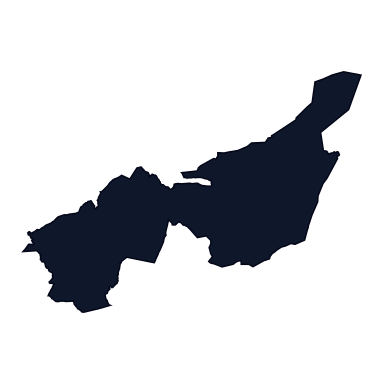 Gjesdal nor, Rogaland, Norway
{"feature_id": "86288312B75018184533449", "entity_name": "Gjesdal nor", "entity_type": "district", "adm_level": 2, "iso_a3": "NOR", "parent_name": "Norway", "parent_adm1": "Rogaland", "projection": "albers", "projection_center": [6.098, 58.831], "detail": "fine", "context": "isolated", "style": "filled", "palette": "ink", "viewbox_px": 384, "rotation_deg": 0, "n_neighbors": 0, "source": "geoboundaries", "source_scale": "gbopen_adm2", "svg_char_len": 5901}
<svg xmlns="http://www.w3.org/2000/svg" viewBox="0 0 384 384"><path d="M361.0,75.1L343.7,71.8L332.7,74.8L323.0,79.1L315.0,81.9L312.1,102.8L307.1,107.1L300.5,113.7L296.3,117.7L295.9,119.9L273.1,134.9L271.7,135.6L271.8,136.0L271.7,136.4L271.9,137.3L268.2,138.0L265.4,142.4L251.5,143.0L247.3,146.5L237.7,150.6L228.9,152.0L224.2,153.0L217.8,152.7L217.9,155.9L215.9,159.1L213.6,158.6L200.9,165.6L198.5,167.7L197.2,171.0L181.6,172.7L182.4,173.6L182.9,175.0L184.1,177.6L185.1,177.4L186.9,178.1L188.8,177.8L191.6,177.8L193.1,177.4L195.6,177.7L198.5,177.3L199.2,177.5L200.4,177.4L203.4,178.0L204.2,178.5L205.6,178.8L206.3,178.8L206.7,179.0L207.6,179.1L209.4,180.3L211.4,180.7L211.9,181.1L212.1,181.0L211.4,181.2L211.3,180.8L211.1,180.7L211.3,182.7L211.3,183.5L211.8,185.0L211.7,185.9L211.3,186.2L209.6,186.0L208.9,186.3L202.1,185.5L199.9,184.6L199.3,184.5L199.1,184.4L198.7,183.7L197.2,183.2L191.9,183.7L189.9,183.2L181.8,183.8L177.4,183.5L174.4,184.1L174.1,184.5L174.1,184.8L174.3,185.5L174.5,185.8L173.9,186.2L173.6,186.6L173.7,186.8L173.6,187.0L173.8,187.2L173.6,187.4L173.7,187.6L173.4,187.5L173.6,187.1L173.5,186.9L173.3,187.4L171.6,189.0L170.5,189.6L167.9,186.9L167.1,187.0L166.2,186.9L164.5,186.1L164.3,185.7L163.1,184.7L161.5,184.8L160.1,182.7L160.2,182.1L159.8,182.1L159.7,181.7L159.1,180.8L159.1,180.4L158.7,179.5L158.2,179.3L157.5,178.4L156.5,176.2L155.5,175.2L155.0,175.4L154.4,175.2L154.1,175.2L153.5,175.0L153.5,174.7L152.9,174.7L152.3,174.3L152.2,174.6L151.4,174.9L151.1,175.4L150.5,175.6L150.3,176.2L150.0,176.6L149.3,176.6L149.3,176.2L149.2,176.1L149.3,175.2L149.1,174.9L149.0,174.3L148.6,173.7L148.5,173.3L148.1,173.3L148.1,172.9L147.5,173.0L147.5,172.6L146.7,172.7L146.3,172.4L146.5,172.0L145.9,172.0L145.3,171.6L144.3,170.7L143.7,170.6L143.7,170.0L143.3,170.1L143.1,169.3L142.7,169.3L142.6,168.7L141.1,167.0L136.9,168.0L129.8,179.1L121.6,175.3L119.2,177.0L116.1,178.5L114.8,178.8L114.1,179.3L113.3,179.6L109.7,182.9L107.7,185.8L102.1,191.4L101.1,192.0L100.4,191.9L100.6,192.4L100.5,193.2L100.6,193.9L100.3,194.2L98.9,196.6L98.4,197.9L98.3,199.6L98.0,199.5L97.3,200.3L97.7,200.8L97.9,201.5L98.0,202.0L97.9,203.8L98.3,204.4L98.6,205.3L98.6,205.7L98.4,206.1L97.4,206.5L97.4,206.9L96.2,207.8L95.9,208.9L94.7,208.5L94.3,207.4L94.6,206.0L94.5,205.7L93.4,204.7L93.3,204.2L93.0,203.7L92.3,203.8L92.3,202.9L92.0,202.2L91.0,200.8L90.4,200.8L90.1,201.3L88.1,201.4L87.7,201.8L87.4,202.6L85.5,202.9L85.2,203.4L83.3,204.8L83.3,205.3L82.8,205.9L81.1,206.8L80.5,207.8L80.2,208.6L79.8,209.4L79.4,210.5L79.4,211.3L78.8,212.0L76.2,213.3L69.2,214.2L67.0,214.9L64.2,214.8L58.3,216.8L56.8,218.0L53.5,221.5L52.7,221.6L51.1,223.1L45.7,225.3L44.1,226.7L41.6,228.1L40.0,229.6L38.1,229.8L37.3,229.5L36.7,229.8L36.1,230.5L34.5,231.6L31.2,233.3L29.6,231.8L29.0,231.7L28.1,232.8L27.8,232.9L28.4,235.0L29.5,234.7L31.3,238.5L32.9,239.0L31.7,240.7L32.3,241.2L32.5,242.3L33.6,243.7L33.7,244.0L33.6,244.3L33.2,244.7L29.7,244.2L28.7,244.3L28.1,245.0L25.3,249.0L23.0,251.6L33.1,250.9L33.2,250.7L33.5,250.9L35.5,250.7L37.1,250.9L37.7,251.4L38.5,252.5L39.8,253.8L40.0,254.3L40.7,254.8L40.2,255.7L40.6,256.5L40.6,258.5L40.6,259.1L40.4,259.2L40.5,259.7L41.0,260.0L41.6,261.2L42.0,261.8L44.1,262.0L44.4,262.2L45.0,263.7L45.5,265.7L45.5,266.1L45.8,266.8L46.4,267.2L46.3,267.4L46.5,267.5L46.6,267.9L47.0,268.2L48.7,268.8L48.7,270.4L48.9,270.8L50.1,271.8L52.3,272.7L52.5,273.2L52.7,275.2L52.4,275.5L52.9,277.4L52.4,278.0L52.2,278.7L50.6,280.6L49.1,282.1L49.5,282.9L49.9,283.4L51.4,283.2L52.3,283.5L53.8,283.1L54.3,283.5L54.1,284.1L53.5,284.7L52.9,286.3L52.4,287.0L52.6,287.7L52.5,287.9L51.9,288.4L50.8,290.2L49.6,292.7L49.1,293.3L48.2,295.7L49.4,295.7L50.1,296.5L50.7,296.8L51.5,297.8L51.8,298.6L52.8,298.9L53.9,299.9L55.8,301.4L56.6,301.3L57.1,301.7L59.0,301.5L60.2,301.1L60.4,301.2L61.4,301.0L62.4,301.2L62.8,301.0L63.5,301.1L66.0,301.5L73.5,301.1L74.3,304.3L76.0,306.4L77.3,307.7L77.5,308.5L78.1,309.0L78.5,309.0L80.4,310.4L81.0,310.6L81.0,310.9L81.7,311.9L83.8,312.2L97.2,309.0L97.9,309.0L99.2,308.4L100.8,308.1L110.2,305.3L109.0,304.9L107.7,302.3L107.3,301.8L107.4,301.3L107.2,300.4L106.3,300.0L106.3,299.9L105.7,298.1L105.5,296.8L105.0,296.3L105.0,295.9L105.4,294.7L106.1,293.7L106.4,293.4L107.1,293.4L108.0,290.9L109.9,289.0L109.4,288.1L109.3,287.3L110.2,286.3L112.0,287.7L113.1,287.1L113.9,286.1L114.7,285.5L115.3,284.5L117.1,283.3L117.2,282.2L117.7,281.6L118.1,280.9L117.8,280.1L117.7,279.2L117.9,278.4L117.9,277.8L117.5,276.0L118.3,274.6L118.1,273.7L118.2,273.1L118.1,272.7L118.4,272.0L119.1,269.4L119.4,269.1L119.6,268.2L119.4,267.9L119.9,266.0L120.0,264.6L120.2,264.1L119.9,263.5L119.9,263.2L120.2,263.0L120.8,263.1L121.3,262.5L121.5,261.4L126.8,257.2L154.2,262.7L155.3,260.6L155.8,259.1L158.3,253.8L158.4,253.0L160.0,250.0L163.3,242.3L164.3,237.5L166.0,235.3L165.6,232.9L165.9,231.1L167.3,225.4L168.5,219.9L171.6,222.7L172.2,223.7L172.2,224.4L172.3,224.9L175.4,224.9L178.8,221.6L179.1,221.6L179.7,222.3L181.2,222.8L183.3,225.2L184.2,224.8L185.5,225.8L187.6,226.6L188.4,227.8L189.3,228.4L197.4,237.6L206.3,235.9L210.9,240.5L210.8,243.9L209.1,247.7L209.9,250.1L210.6,253.4L212.4,256.7L208.7,261.4L209.3,262.0L210.0,262.4L210.3,262.9L212.3,263.5L213.6,263.6L214.3,264.0L214.9,264.1L222.0,266.9L233.3,264.2L235.6,262.3L237.7,261.2L240.8,260.6L241.2,262.3L241.2,264.3L248.8,264.3L253.0,266.7L264.1,260.5L266.4,259.9L269.5,258.8L270.0,256.6L272.3,253.5L274.6,252.0L276.6,250.2L281.5,247.0L285.4,246.0L290.8,243.5L295.0,244.3L304.6,240.1L307.3,230.0L308.2,227.5L308.4,225.9L308.6,225.1L312.0,214.9L317.7,201.8L318.0,195.9L323.0,183.6L327.0,178.2L337.6,158.5L336.6,156.8L338.9,155.6L339.0,155.2L339.4,154.8L338.3,152.1L337.7,151.8L337.1,151.7L336.4,152.3L335.7,152.5L334.7,152.2L334.4,151.8L334.2,151.8L332.9,152.9L332.4,153.1L331.9,152.9L331.0,153.3L330.4,153.3L328.6,154.0L328.2,153.9L327.5,152.2L326.9,151.4L326.4,151.1L323.4,150.7L320.6,132.4L348.6,109.6L361.0,75.1Z" fill="#0f172a" stroke="#020617" stroke-width="1.5"/></svg>